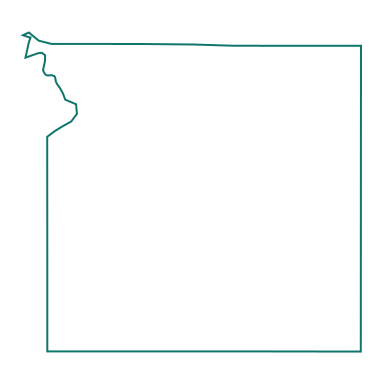 an SVG outline of Kalangala
{"feature_id": "UGA-2631", "entity_name": "Kalangala", "entity_type": "District", "adm_level": 1, "iso_a3": "UGA", "parent_name": "Uganda", "parent_adm1": "", "projection": "albers", "projection_center": [32.167, -0.565], "detail": "fine", "context": "isolated", "style": "outline", "palette": "teal", "viewbox_px": 384, "rotation_deg": 0, "n_neighbors": 0, "source": "natural_earth", "source_scale": "10m", "svg_char_len": 629}
<svg xmlns="http://www.w3.org/2000/svg" viewBox="0 0 384 384"><path d="M315.3,351.5L249.2,351.4L182.5,351.4L115.9,351.4L49.2,351.4L47.3,351.4L47.3,268.1L47.2,136.8L54.9,131.0L62.6,126.3L71.2,121.5L77.0,113.8L76.0,104.2L65.3,99.7L63.0,93.6L59.8,87.8L56.9,83.8L55.8,81.3L55.4,78.5L54.5,76.2L51.8,75.2L48.7,75.4L46.5,75.3L44.8,73.9L43.0,70.2L45.0,61.0L45.1,55.3L41.8,52.8L38.2,53.2L25.5,57.6L28.7,42.9L30.5,37.5L28.4,37.1L23.0,35.2L28.8,32.5L38.8,40.7L51.4,43.9L142.7,44.0L193.5,44.5L231.9,45.7L272.7,45.8L361.0,45.8L360.9,154.7L360.8,351.4L360.8,351.5L315.9,351.5L315.3,351.5Z" fill="none" stroke="#0f766e" stroke-width="2"/></svg>